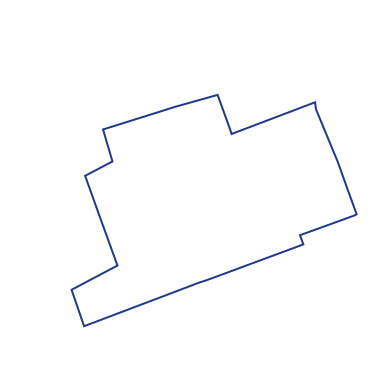 Marion, Ohio, United States of America, rotated 160°
{"feature_id": "52423323B93885037654379", "entity_name": "Marion", "entity_type": "district", "adm_level": 2, "iso_a3": "USA", "parent_name": "United States of America", "parent_adm1": "Ohio", "projection": "natural_earth1", "projection_center": [-83.169, 40.569], "detail": "fine", "context": "isolated", "style": "outline", "palette": "blue", "viewbox_px": 384, "rotation_deg": 160, "n_neighbors": 0, "source": "geoboundaries", "source_scale": "gbopen_adm2", "svg_char_len": 424}
<svg xmlns="http://www.w3.org/2000/svg" viewBox="0 0 384 384"><g transform="rotate(160 192 192)"><path d="M339.3,102.8L217.5,104.4L206.7,104.1L105.3,104.7L105.3,114.5L48.0,114.4L44.9,114.7L44.9,143.2L44.7,169.8L47.2,227.5L45.6,234.2L134.9,233.0L134.8,237.0L134.7,274.5L178.5,277.8L254.2,281.2L256.3,247.9L286.9,243.8L287.1,199.5L287.2,148.4L338.6,141.3L339.3,102.8Z" fill="none" stroke="#1e3a8a" stroke-width="2"/></g></svg>